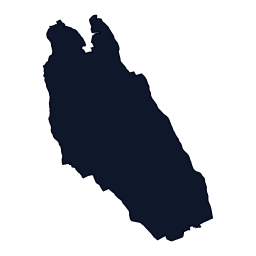 Gaiceana, Bacau, Romania
{"feature_id": "2599482B22664417708487", "entity_name": "Gaiceana", "entity_type": "district", "adm_level": 2, "iso_a3": "ROU", "parent_name": "Romania", "parent_adm1": "Bacau", "projection": "equal_earth", "projection_center": [27.202, 46.364], "detail": "fine", "context": "isolated", "style": "filled", "palette": "ink", "viewbox_px": 256, "rotation_deg": 0, "n_neighbors": 0, "source": "geoboundaries", "source_scale": "gbopen_adm2", "svg_char_len": 5533}
<svg xmlns="http://www.w3.org/2000/svg" viewBox="0 0 256 256"><path d="M62.9,164.2L66.4,163.5L66.8,163.5L69.1,163.3L69.2,163.0L69.5,163.3L69.7,163.9L69.8,164.3L71.2,164.2L71.2,164.6L71.7,164.9L71.8,165.3L72.0,165.5L72.2,166.0L72.2,166.6L73.5,166.9L73.7,167.1L74.0,167.1L74.6,166.7L75.9,167.8L75.9,168.6L77.2,170.4L78.5,171.7L78.9,172.2L80.3,173.0L81.3,174.6L82.3,175.5L82.2,176.1L82.5,176.9L83.3,177.6L87.9,175.3L90.2,174.8L89.9,174.2L91.1,174.5L93.5,174.6L94.4,177.6L95.9,181.0L95.9,181.3L96.9,182.7L97.6,183.3L98.0,183.1L98.8,183.9L99.6,184.5L100.4,185.2L100.5,185.8L101.2,187.2L103.4,190.6L107.8,188.7L108.5,188.1L109.1,188.5L111.3,190.6L112.3,191.2L113.2,192.1L114.1,192.5L114.8,193.3L115.7,195.0L116.9,196.1L118.0,197.3L122.0,200.3L123.4,203.2L125.5,205.5L128.7,209.8L129.2,210.3L129.8,212.3L129.9,213.6L129.8,215.1L130.3,217.3L130.5,218.8L130.8,218.9L131.4,220.0L131.9,220.5L139.0,221.9L140.6,222.3L141.2,222.7L141.9,223.7L142.7,223.9L144.3,225.4L146.8,228.2L147.1,228.4L151.7,233.3L154.1,236.5L155.8,238.0L156.6,238.1L157.1,239.2L157.6,239.5L160.3,238.0L165.9,235.0L166.2,236.0L166.4,236.3L166.4,237.1L167.2,238.8L170.5,240.3L171.9,240.6L172.7,240.2L173.6,240.0L175.7,239.1L177.1,238.7L182.0,236.9L182.8,235.9L182.9,235.3L182.9,234.6L183.1,234.1L183.3,232.6L183.2,232.1L183.0,231.8L183.7,231.4L186.3,230.3L188.2,229.2L189.0,229.6L189.4,229.6L189.2,228.5L189.4,228.4L189.2,227.7L189.0,226.6L190.9,225.9L193.3,225.6L193.9,226.3L194.0,226.8L195.0,226.3L195.5,226.3L196.0,226.7L196.0,227.4L197.0,227.2L198.2,226.8L200.1,227.0L200.4,226.6L199.8,225.9L199.2,225.1L198.9,224.3L203.8,221.7L212.3,217.9L211.4,213.4L211.2,211.6L210.9,210.6L210.8,209.5L210.2,207.4L209.9,206.2L208.4,202.6L207.7,200.6L207.7,199.4L207.6,198.4L207.7,196.4L207.2,194.3L206.5,192.6L206.1,190.5L206.1,186.8L204.4,181.7L204.3,180.6L204.3,179.3L203.4,177.5L202.7,177.5L202.5,176.9L201.7,175.8L200.5,173.8L198.7,172.7L196.8,172.2L195.4,171.5L194.2,170.6L193.1,169.3L191.8,166.4L190.4,161.7L189.6,160.3L189.4,158.9L188.9,157.9L188.9,157.3L187.8,155.2L187.2,154.4L183.7,151.1L182.4,149.3L181.5,147.2L181.5,146.4L180.4,143.5L179.0,142.1L177.8,138.7L176.8,137.6L175.3,135.1L174.2,132.7L173.1,131.0L171.4,126.5L170.7,125.3L170.1,123.4L169.2,121.6L168.9,120.3L168.3,119.0L167.6,117.9L166.8,117.1L164.7,115.3L164.2,115.3L163.9,115.0L159.8,110.6L158.2,109.1L157.0,107.2L156.6,105.8L156.2,104.8L155.2,103.6L154.8,102.7L153.2,100.8L152.1,99.1L151.8,99.0L150.6,96.3L150.3,95.3L150.3,93.4L150.2,92.9L149.3,91.1L148.8,89.5L148.7,87.6L148.8,87.2L148.8,86.8L148.0,84.8L147.5,84.1L146.1,79.9L145.6,79.0L144.2,76.8L141.5,74.2L137.1,75.5L135.7,75.6L135.3,75.2L133.7,72.2L131.0,72.8L130.4,73.1L129.5,73.1L129.0,72.7L128.4,71.6L128.1,71.2L125.9,69.1L125.3,67.6L120.2,61.7L119.4,57.2L118.1,52.1L118.1,51.2L118.8,49.2L118.6,47.5L118.4,46.5L117.1,43.1L114.6,39.8L114.0,38.9L113.6,37.7L113.3,36.2L113.0,35.6L110.8,32.2L110.0,30.7L108.9,29.2L108.1,27.5L107.5,26.7L106.8,26.2L106.4,25.6L105.7,25.1L104.6,23.8L103.9,23.2L103.1,22.8L101.5,20.7L101.1,19.4L100.1,19.3L99.8,19.0L99.3,19.1L98.8,19.1L98.4,18.9L97.1,19.2L96.8,19.0L96.5,18.2L96.4,18.0L96.3,17.7L96.3,17.3L96.6,15.8L96.1,15.4L93.5,15.8L93.4,16.0L93.2,16.1L92.7,16.6L92.5,16.9L92.1,17.1L91.8,17.3L91.6,17.6L91.4,17.8L90.9,18.5L90.1,19.1L90.1,19.5L89.8,19.9L89.8,20.3L90.1,20.6L89.9,20.7L90.1,21.8L90.6,22.7L90.7,23.6L90.9,23.9L91.1,23.8L91.8,24.1L91.7,24.3L91.8,24.6L91.7,24.8L91.4,24.9L92.0,26.7L92.0,27.1L91.4,28.7L91.5,29.7L92.0,31.4L92.1,32.1L93.1,32.6L94.2,32.1L99.6,31.8L100.1,33.4L96.2,33.8L95.1,34.2L95.2,34.6L95.3,34.6L95.2,34.8L94.6,34.8L94.5,35.5L94.4,35.5L94.4,35.9L93.1,35.8L92.5,37.9L91.7,42.1L92.5,42.4L94.3,46.2L94.5,47.3L91.6,48.2L92.1,48.7L92.3,49.6L92.3,50.3L92.2,52.2L90.1,52.5L90.0,52.3L85.2,53.6L83.8,50.8L83.2,50.1L81.7,49.0L80.5,48.4L81.7,47.1L82.0,46.7L81.9,46.4L82.5,45.8L83.5,45.6L85.0,45.7L85.2,45.4L85.2,44.9L84.6,42.7L84.4,42.3L83.6,41.0L82.8,39.2L82.5,38.7L81.5,37.4L81.1,37.3L80.5,36.6L79.9,35.4L77.3,32.5L77.3,32.2L76.8,31.6L76.5,31.5L76.0,30.7L75.4,30.4L75.3,30.2L71.5,28.8L71.6,28.6L71.0,28.2L70.8,28.0L68.4,27.4L66.3,26.6L65.2,26.7L63.9,27.2L63.6,27.2L63.5,26.8L64.3,26.0L64.5,25.4L64.5,24.8L63.3,23.5L62.3,23.4L61.6,23.0L61.6,22.5L60.3,20.7L59.9,20.4L57.0,21.9L58.1,24.8L56.8,25.2L56.4,24.9L55.7,24.9L55.1,25.3L55.1,25.5L51.2,26.7L50.2,26.6L50.4,27.4L50.1,28.2L50.0,28.5L48.7,29.6L48.4,30.6L47.7,32.1L47.4,32.5L47.1,33.7L47.1,35.8L47.3,36.1L47.7,37.8L49.7,40.0L51.1,42.0L51.5,42.9L51.6,43.8L51.8,45.5L51.8,46.1L52.4,47.8L52.6,49.4L52.9,50.2L53.0,51.0L53.0,51.9L52.5,54.5L52.6,54.9L50.8,55.7L50.1,56.2L49.6,57.0L49.2,58.1L48.6,61.3L48.1,61.8L47.4,62.2L46.7,62.7L45.4,65.1L44.2,65.6L43.7,66.2L43.7,66.6L44.3,67.5L44.4,68.1L44.7,68.6L44.3,70.8L44.6,71.8L44.9,73.1L44.8,74.0L44.1,75.1L44.0,75.7L44.3,76.3L44.8,76.5L44.9,76.8L45.5,77.9L45.4,78.5L45.1,79.4L45.1,80.0L45.3,80.9L46.8,84.4L46.7,85.9L47.5,88.0L49.2,91.7L49.7,93.3L49.9,94.9L50.4,96.8L50.1,99.9L50.2,100.8L49.9,101.9L49.7,102.1L49.7,102.6L49.7,104.3L50.0,105.7L49.8,106.7L50.1,107.3L50.3,108.5L50.6,108.9L50.1,110.2L50.5,112.8L50.4,113.9L50.2,115.2L50.3,116.0L49.2,118.1L49.1,118.7L49.1,119.4L49.3,119.6L49.5,120.5L50.0,122.4L50.9,124.3L51.2,125.6L51.7,126.5L51.7,126.9L51.6,127.5L51.8,129.1L51.5,129.5L51.4,130.3L52.0,132.5L53.1,134.0L53.4,135.3L54.2,137.3L55.2,138.4L57.0,139.9L57.7,140.6L58.8,141.6L59.4,143.3L59.7,144.8L60.6,145.6L61.1,146.5L61.8,149.8L61.8,151.5L62.1,153.1L62.7,154.7L63.0,155.8L62.9,157.6L62.5,159.0L62.9,159.0L62.4,160.1L62.6,161.5L62.5,162.5L62.9,164.2Z" fill="#0f172a" stroke="#020617" stroke-width="1.5"/></svg>